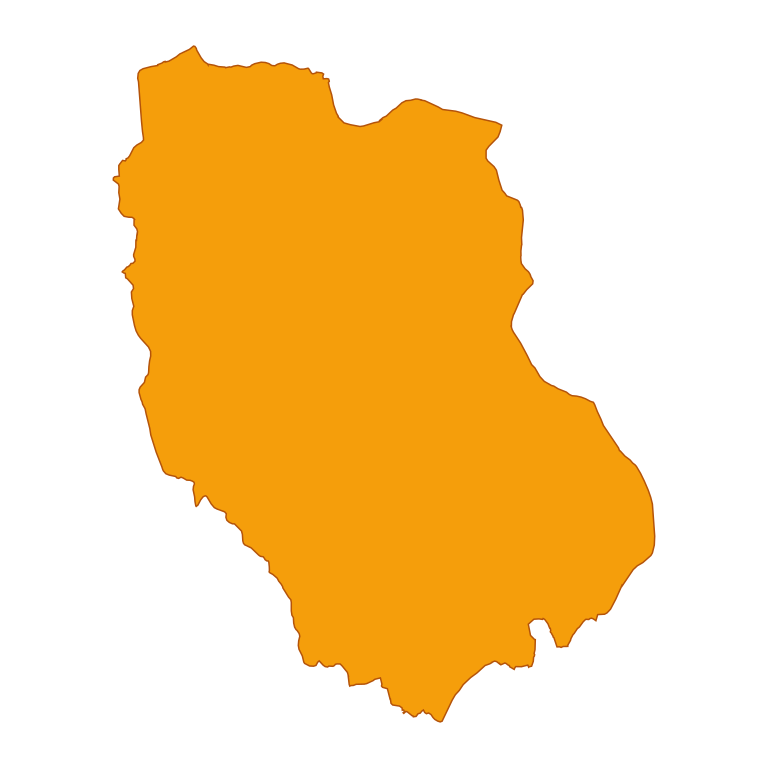 the district of Rungwe, Mbeya, United Republic of Tanzania
{"feature_id": "72390352B86695961679763", "entity_name": "Rungwe", "entity_type": "district", "adm_level": 2, "iso_a3": "TZA", "parent_name": "United Republic of Tanzania", "parent_adm1": "Mbeya", "projection": "equal_earth", "projection_center": [33.663, -9.236], "detail": "fine", "context": "isolated", "style": "filled", "palette": "amber", "viewbox_px": 768, "rotation_deg": 0, "n_neighbors": 0, "source": "geoboundaries", "source_scale": "gbopen_adm2", "svg_char_len": 6049}
<svg xmlns="http://www.w3.org/2000/svg" viewBox="0 0 768 768"><path d="M642.8,562.6L650.9,555.5L652.4,552.9L654.3,545.1L654.7,536.2L652.4,504.0L650.7,497.3L648.3,490.4L644.3,481.1L640.5,473.3L636.4,466.4L635.1,464.9L632.5,462.9L630.2,460.1L624.9,456.1L620.2,450.9L619.5,450.7L618.5,447.9L603.4,425.5L601.0,419.4L597.3,411.5L594.7,404.7L593.4,402.3L590.3,401.3L585.6,398.8L581.1,397.1L576.6,396.1L572.0,395.7L569.4,394.5L566.4,392.1L558.1,388.8L553.8,386.1L551.5,385.5L544.3,381.4L539.9,376.6L534.9,367.9L531.6,364.6L527.3,355.7L520.6,343.1L513.4,332.1L512.1,329.5L511.1,326.2L511.4,326.2L511.5,321.6L513.6,314.3L514.0,314.0L522.4,294.6L523.2,294.2L526.7,289.7L532.7,283.8L533.1,280.8L530.5,276.0L530.6,275.6L529.8,273.8L528.4,271.7L525.1,268.8L521.4,263.6L520.9,260.4L520.7,256.6L521.0,255.8L520.9,251.0L521.5,245.5L521.8,244.8L521.5,237.6L523.3,220.0L522.5,210.3L521.8,207.9L520.9,206.8L520.7,207.0L520.3,205.1L518.8,201.5L517.4,200.2L506.7,195.9L504.9,193.3L502.1,190.2L498.9,180.3L496.4,170.2L494.0,166.6L487.8,161.0L486.1,158.2L486.1,150.2L488.8,146.4L498.0,137.0L500.1,131.7L501.8,125.2L495.8,122.3L474.8,117.6L462.0,112.9L455.7,111.2L442.6,109.5L438.1,106.9L424.7,100.7L421.3,100.2L421.4,99.9L417.7,99.1L415.5,99.0L410.5,100.3L406.0,100.7L401.9,102.8L396.2,108.1L392.7,110.1L386.3,116.1L383.0,117.6L380.3,119.9L381.2,119.9L379.0,121.8L374.2,122.7L363.5,126.0L360.0,126.5L350.4,124.7L344.0,122.9L338.0,116.9L338.3,116.3L336.5,113.3L333.6,104.9L331.7,94.9L329.3,87.0L328.4,82.6L329.1,81.5L329.2,81.9L329.3,81.1L328.6,79.0L326.9,78.6L323.3,78.8L322.8,76.2L323.6,74.1L321.9,72.9L316.6,72.2L316.7,72.6L313.6,73.7L312.2,73.7L311.3,72.9L308.6,68.6L308.0,68.2L304.0,69.1L300.3,69.2L298.6,68.7L292.2,65.0L284.1,62.9L280.3,63.3L277.3,64.3L274.9,65.8L271.8,65.5L268.9,63.6L265.3,62.5L261.1,62.2L254.7,63.7L251.6,65.2L250.2,66.6L246.4,67.4L237.9,65.4L233.6,66.1L231.0,67.1L229.4,66.9L225.5,67.7L225.0,67.1L218.5,66.6L214.0,65.2L208.2,64.2L208.1,64.8L207.7,64.0L204.1,61.6L201.1,57.8L196.7,50.1L196.3,48.4L194.9,46.4L193.5,46.1L189.4,49.4L179.9,53.9L176.2,56.9L168.8,61.2L165.3,62.0L165.1,61.4L163.5,61.9L161.9,63.1L157.7,64.7L157.7,65.5L151.1,66.6L143.1,68.7L139.9,70.5L138.2,73.4L137.7,78.3L138.5,81.8L141.5,121.1L142.5,131.5L143.4,137.5L143.5,140.1L141.3,142.5L136.9,145.0L133.8,147.7L129.6,155.9L127.9,158.0L126.1,158.8L126.1,159.8L125.3,160.9L122.6,160.4L119.9,163.8L118.8,165.5L118.8,169.5L119.3,176.1L114.6,176.8L113.4,178.0L113.3,180.1L118.5,184.1L119.1,186.5L118.8,192.7L119.9,199.1L118.4,208.9L121.3,213.4L124.1,216.3L128.6,217.2L132.0,217.3L133.9,218.5L134.4,219.3L134.1,219.3L134.0,225.2L136.8,228.9L137.5,231.6L137.3,233.9L137.1,233.7L136.8,235.6L136.5,240.3L136.0,240.1L135.9,240.5L135.8,247.3L133.6,254.7L133.7,256.4L134.9,259.2L135.0,261.2L132.9,263.3L131.0,263.5L129.8,265.3L128.1,266.7L126.8,267.1L124.3,270.1L123.2,270.6L122.2,271.9L123.8,273.0L125.3,273.4L125.7,277.8L127.4,278.8L133.1,285.2L133.5,288.6L131.4,292.0L131.8,298.5L133.8,306.3L132.3,310.6L132.3,314.8L134.5,325.6L136.1,330.9L138.4,335.3L140.8,338.5L148.5,347.0L150.6,351.4L150.7,356.1L149.6,360.8L148.9,366.7L148.6,372.5L148.1,374.5L145.6,377.1L144.4,382.4L140.2,387.1L139.1,389.7L139.1,392.6L141.0,399.5L142.1,401.8L142.6,404.2L145.1,408.8L146.1,413.7L149.8,428.5L150.8,435.0L156.2,452.2L161.9,466.9L162.6,469.2L163.3,470.8L165.8,473.7L169.2,475.1L175.7,476.5L176.8,477.9L178.6,478.4L181.0,477.2L183.1,478.0L186.7,480.1L190.1,480.3L192.5,481.2L194.1,482.3L194.4,484.0L193.5,486.3L193.1,489.7L194.6,496.8L195.0,501.6L195.8,505.9L196.2,506.4L197.9,505.1L200.7,499.8L203.0,496.9L204.4,496.1L205.7,495.8L207.0,496.8L211.2,503.9L214.3,507.6L217.2,509.1L224.6,511.8L226.3,513.7L225.9,517.3L226.9,520.3L229.3,522.4L232.4,523.8L234.5,523.9L241.5,531.0L242.4,534.5L242.8,540.8L243.5,543.3L244.7,544.8L251.2,547.9L258.7,555.1L260.4,556.3L263.3,556.8L264.7,558.8L265.0,559.6L266.8,560.9L268.2,561.0L268.8,562.1L269.3,566.8L269.4,570.4L269.1,571.9L269.9,572.8L272.8,574.4L277.2,578.2L278.7,581.1L281.2,584.2L282.6,586.6L282.9,588.0L288.5,597.0L290.8,599.7L291.3,602.4L291.3,610.9L291.9,615.1L293.4,617.7L293.7,623.1L294.6,627.1L296.0,629.5L297.1,630.5L299.2,633.6L299.8,636.3L298.7,640.7L298.3,645.4L299.0,649.3L302.3,655.9L303.8,662.1L304.6,663.4L309.6,666.0L313.6,666.2L316.0,665.4L317.7,662.2L319.2,660.9L323.2,665.2L325.2,666.6L327.6,667.0L328.9,666.1L333.0,666.3L334.3,665.6L335.4,664.3L337.0,663.9L340.2,664.0L342.3,666.1L347.4,672.4L348.4,675.9L348.2,675.9L349.2,684.5L349.8,686.1L350.7,685.6L353.5,685.4L356.1,684.3L364.3,684.1L366.7,683.6L373.1,680.6L374.8,679.3L380.4,677.9L381.9,684.1L381.5,686.0L382.5,687.3L387.4,688.7L390.1,699.2L390.4,699.1L391.0,703.3L392.7,705.0L399.6,706.1L402.1,708.0L402.3,710.2L403.1,709.9L403.8,710.2L404.0,710.8L404.2,712.3L403.2,712.8L403.8,713.4L405.9,711.4L407.5,712.0L412.2,715.8L412.9,715.8L413.3,716.8L416.1,716.4L418.1,713.7L420.1,713.2L422.0,711.0L423.4,710.0L424.7,712.5L426.4,713.7L428.6,713.0L431.0,714.5L433.0,717.5L434.8,719.4L437.7,721.1L440.2,721.9L442.1,721.2L452.2,700.1L455.3,694.8L459.3,690.4L463.2,684.6L470.7,677.5L477.1,672.8L485.1,665.5L489.8,663.8L491.9,662.6L491.9,662.3L494.6,661.1L496.6,661.6L499.5,663.9L499.6,663.6L500.8,664.8L504.9,663.0L506.3,663.6L507.7,664.8L509.4,665.6L509.6,666.7L514.2,669.4L514.9,667.7L515.8,666.6L521.5,666.7L527.8,665.1L528.7,667.2L529.1,666.8L531.6,666.2L533.3,661.3L533.6,657.2L534.4,656.0L534.6,654.5L534.1,653.6L535.0,649.7L535.3,639.7L534.9,639.8L530.5,635.4L528.3,624.2L533.9,619.2L539.0,618.9L542.6,619.4L543.1,618.5L544.7,619.4L547.9,623.7L549.7,628.2L550.3,628.3L550.7,630.6L550.3,631.7L550.6,632.4L551.5,633.2L552.0,634.5L552.9,635.8L553.1,637.0L553.9,637.6L557.0,646.9L559.5,646.8L561.1,647.4L563.1,646.5L567.8,646.4L567.9,645.0L570.5,640.4L570.9,638.7L572.9,634.8L574.2,633.4L577.3,628.7L579.4,627.0L583.1,621.9L585.2,619.8L585.9,619.3L588.8,619.5L589.8,618.6L591.5,618.2L593.2,618.8L595.9,620.7L597.7,614.6L604.6,614.2L607.0,612.9L610.5,609.2L615.8,599.1L621.9,585.5L622.1,586.0L633.2,569.6L637.4,565.7L642.8,562.6Z" fill="#f59e0b" stroke="#b45309" stroke-width="1.5"/></svg>